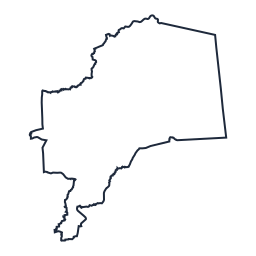 Mueang Phatthalung, Phatthalung, Thailand
{"feature_id": "78962969B3121314060328", "entity_name": "Mueang Phatthalung", "entity_type": "district", "adm_level": 2, "iso_a3": "THA", "parent_name": "Thailand", "parent_adm1": "Phatthalung", "projection": "albers", "projection_center": [100.053, 7.588], "detail": "fine", "context": "isolated", "style": "outline", "palette": "slate", "viewbox_px": 256, "rotation_deg": 0, "n_neighbors": 0, "source": "geoboundaries", "source_scale": "gbopen_adm2", "svg_char_len": 5562}
<svg xmlns="http://www.w3.org/2000/svg" viewBox="0 0 256 256"><path d="M226.2,137.6L222.8,108.8L220.8,88.4L216.3,47.5L215.1,34.9L161.1,23.0L160.0,23.3L159.5,23.3L158.5,22.7L157.9,22.1L157.8,21.2L158.0,19.9L157.8,19.3L157.3,18.9L155.5,18.5L155.0,18.0L153.7,15.9L153.0,15.5L152.5,15.4L151.5,15.5L150.7,15.9L150.2,16.4L149.0,18.3L148.4,18.8L147.6,19.0L145.8,18.6L144.6,18.8L143.6,19.5L141.4,21.5L140.7,21.9L139.5,22.1L137.8,21.5L134.3,21.1L133.2,21.4L132.8,21.8L131.8,23.5L130.2,25.7L129.2,26.6L128.1,26.9L125.3,26.5L123.7,28.4L122.1,28.1L121.3,28.3L120.0,29.4L118.9,29.9L118.6,30.3L118.6,31.1L118.9,32.2L117.7,32.6L116.9,33.2L116.9,33.6L117.3,33.9L117.0,34.5L116.6,34.7L116.1,34.4L115.8,34.5L115.4,35.6L115.3,36.3L114.8,36.3L114.3,36.6L113.9,36.1L113.2,35.9L111.2,35.5L110.6,35.6L110.4,35.4L110.0,35.7L109.6,34.2L108.7,33.9L108.1,34.3L107.4,34.2L107.0,34.6L106.0,34.9L106.4,36.9L106.9,37.8L106.9,38.8L106.3,39.0L106.3,39.4L105.8,40.1L105.5,41.4L104.6,42.3L104.0,43.4L103.4,43.8L102.9,45.1L94.5,48.6L94.9,49.0L94.3,49.3L94.7,50.9L94.9,51.2L94.7,51.6L94.2,52.0L94.1,53.2L93.3,53.4L93.0,54.0L92.2,53.9L91.4,55.2L91.7,56.4L92.5,57.0L92.7,59.5L95.4,60.3L96.0,60.9L96.1,61.2L96.0,61.7L96.1,62.2L95.0,63.4L95.2,64.0L94.3,64.6L94.0,65.7L93.5,66.3L93.4,66.9L92.7,67.8L91.9,68.3L91.5,68.9L91.7,69.7L91.7,70.7L92.0,71.2L91.6,73.9L91.6,75.1L91.7,76.1L92.3,76.9L92.0,77.5L91.4,77.6L91.0,78.1L89.6,78.0L89.8,78.3L89.6,78.4L87.8,77.8L85.9,77.6L85.5,78.7L85.0,78.6L84.2,78.9L83.9,79.3L83.8,79.9L83.5,80.2L83.4,81.1L82.8,81.5L82.5,82.1L81.7,82.8L80.8,83.1L80.6,84.7L79.7,84.4L78.8,85.3L77.8,85.6L77.6,86.3L76.3,86.7L76.2,86.8L76.4,87.2L76.1,87.3L75.7,87.2L75.4,86.9L74.9,87.0L74.4,86.4L73.0,86.5L72.5,86.3L72.3,86.7L72.0,86.4L71.7,86.7L71.8,87.2L71.5,87.6L70.6,87.6L70.1,89.3L69.5,89.1L68.3,89.4L66.9,89.2L66.4,89.3L65.6,88.9L65.3,89.3L64.8,89.3L63.7,88.9L63.5,89.1L63.6,89.7L63.4,89.8L62.9,89.3L62.1,89.5L61.8,89.0L60.9,89.4L61.1,90.3L60.6,90.2L60.4,90.7L59.5,90.7L59.3,91.5L58.1,91.7L58.2,92.3L57.9,92.4L57.4,91.2L57.0,91.3L57.0,91.7L56.1,91.7L56.0,91.3L55.2,91.4L55.1,91.6L53.1,91.7L52.7,91.5L52.5,91.9L51.6,91.9L51.2,92.2L50.5,92.2L50.4,92.7L49.8,92.3L48.0,92.3L47.9,92.0L46.9,91.8L46.7,91.5L46.2,91.5L45.7,91.0L44.3,91.0L43.8,90.7L43.5,90.8L42.6,90.5L42.2,91.1L42.2,91.8L42.2,94.3L41.8,97.5L41.7,102.6L42.3,118.2L42.4,124.4L42.9,128.6L36.0,130.2L31.2,132.0L31.2,132.3L30.8,132.6L31.3,133.1L31.3,133.4L30.9,133.5L30.8,133.9L30.4,133.6L30.1,133.6L29.8,134.4L29.9,135.4L30.9,136.2L30.9,138.7L32.3,138.5L34.2,137.5L37.0,137.0L38.0,137.3L41.7,139.5L46.4,140.3L42.5,147.7L43.1,153.3L43.9,172.1L45.0,171.7L45.6,171.7L47.4,172.1L47.5,172.4L50.6,173.3L51.2,173.3L53.0,172.6L57.3,172.8L60.2,172.6L61.3,172.8L63.2,174.2L65.7,177.4L68.0,178.8L70.0,178.7L70.6,179.0L70.7,178.7L71.9,178.6L72.6,178.7L72.8,178.9L73.7,178.8L75.1,179.1L75.5,179.4L75.3,179.7L74.8,179.6L75.0,179.9L74.7,180.3L74.2,179.9L74.0,180.4L73.5,185.6L73.0,186.4L73.1,187.4L72.2,188.3L71.8,189.4L70.8,189.9L70.4,191.0L69.2,191.1L69.0,191.4L68.2,194.2L67.5,195.0L67.8,196.8L67.2,197.2L67.2,198.3L65.9,199.7L65.0,200.0L64.9,202.1L65.3,203.1L65.9,205.9L64.7,206.7L64.8,207.0L65.0,207.2L65.6,207.2L66.5,207.7L66.8,211.4L66.0,211.5L65.8,211.8L66.5,212.0L66.8,212.5L67.3,212.8L67.3,214.7L64.6,215.1L64.7,215.8L64.3,216.5L63.3,216.4L63.3,216.8L63.7,217.2L64.0,217.3L64.2,217.0L64.5,217.2L64.3,217.6L64.6,218.8L64.3,219.1L64.3,219.3L64.6,219.6L65.0,219.2L65.2,219.4L64.7,220.4L61.8,221.1L61.4,222.6L61.1,222.7L61.1,223.0L60.8,223.0L60.7,223.5L58.7,224.2L59.1,225.4L59.1,226.5L56.7,226.8L56.8,228.6L56.4,228.6L56.4,229.0L56.1,229.1L56.2,229.8L54.6,229.9L54.8,232.3L58.2,231.2L60.0,231.6L62.0,232.5L62.0,232.9L61.2,234.1L61.4,235.0L61.8,235.0L61.8,235.6L61.8,236.6L61.4,237.4L61.2,238.2L61.2,240.4L61.5,240.6L62.0,240.3L62.4,240.5L64.9,240.5L65.2,240.4L65.3,239.6L68.4,239.4L68.6,239.0L72.2,239.2L73.7,237.8L74.1,237.2L73.9,236.7L75.7,236.2L76.9,236.2L77.7,233.1L78.7,226.1L80.3,226.4L81.3,226.2L80.9,224.9L81.0,223.9L81.2,223.4L85.6,219.5L85.9,219.1L85.9,218.4L85.5,217.4L83.6,215.6L77.9,210.8L77.3,210.0L77.0,208.9L77.1,207.7L77.4,206.7L78.0,206.7L79.9,205.7L80.3,206.2L80.2,206.6L81.4,207.8L81.6,207.7L81.8,206.9L83.0,207.1L86.4,206.6L88.0,206.9L89.0,206.4L89.6,205.2L91.6,205.7L91.8,205.5L92.3,205.4L92.9,204.9L93.7,205.0L94.0,204.3L94.3,204.5L94.6,204.4L95.0,204.9L95.4,205.0L95.8,204.7L96.1,203.9L96.8,203.7L97.8,203.1L98.3,203.4L100.2,203.1L101.9,203.3L103.4,201.4L104.0,199.8L103.9,193.0L104.4,191.4L105.9,188.9L106.7,187.9L107.2,187.7L108.8,186.2L109.2,185.5L109.4,183.5L109.1,182.6L109.5,182.2L109.5,181.6L109.9,181.2L109.4,180.7L109.3,180.4L110.7,178.4L110.4,178.1L110.4,177.8L110.8,177.3L110.5,176.8L110.7,176.4L111.6,175.8L111.7,175.5L112.3,175.3L112.7,175.5L113.1,174.5L113.5,174.5L113.6,173.9L114.4,174.0L114.9,172.9L114.8,172.3L115.7,171.8L115.6,170.3L116.2,169.8L116.8,169.8L116.7,169.3L117.2,169.0L117.2,168.7L117.5,168.5L117.5,168.1L118.0,168.6L118.5,168.6L119.4,168.2L120.8,168.2L121.2,168.4L121.5,168.0L121.9,167.8L122.0,167.1L122.4,167.1L122.5,166.9L122.7,167.1L123.1,166.9L123.9,167.1L124.5,166.9L124.7,167.4L125.1,167.3L125.1,166.9L126.9,167.2L127.6,166.9L128.0,167.0L128.8,166.6L128.9,166.0L129.8,164.5L131.0,161.3L131.8,160.1L132.4,159.0L132.7,158.0L134.8,154.7L135.4,153.3L137.5,150.4L138.8,149.3L139.4,148.3L142.8,148.3L145.8,148.0L150.6,146.0L169.3,141.5L169.3,139.9L169.6,139.6L169.4,138.9L169.9,137.7L170.3,137.2L171.3,137.4L172.1,137.3L172.4,137.4L172.7,137.7L173.5,137.7L174.7,139.0L175.5,139.5L176.0,139.6L176.3,140.0L177.5,140.2L226.2,137.6Z" fill="none" stroke="#1e293b" stroke-width="2"/></svg>